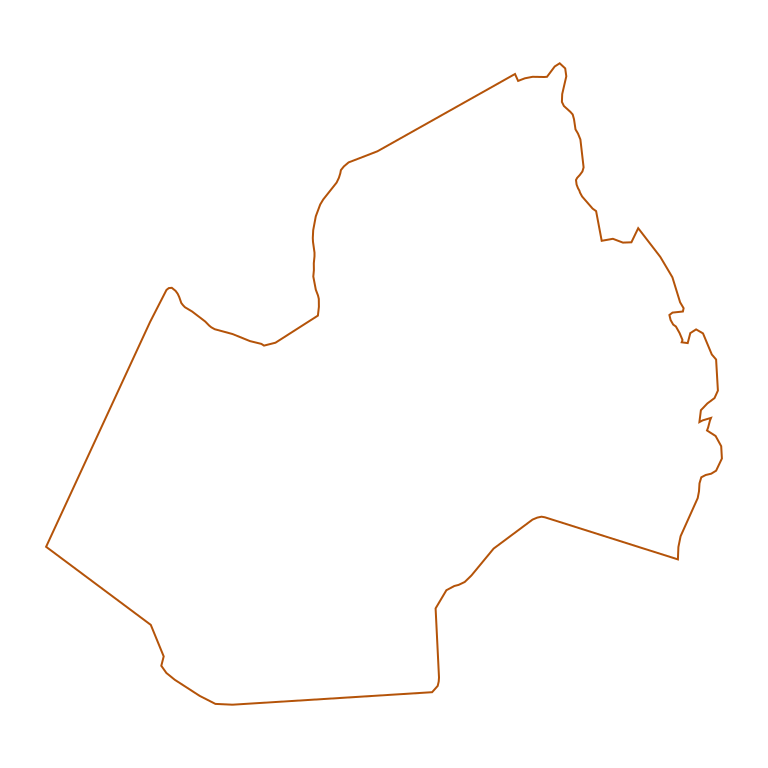 map outline of Agnéby (Natural Earth projection)
{"feature_id": "CIV-3451", "entity_name": "Agnéby", "entity_type": "Department", "adm_level": 1, "iso_a3": "CIV", "parent_name": "Ivory Coast", "parent_adm1": "", "projection": "natural_earth1", "projection_center": [-3.837, 6.123], "detail": "fine", "context": "isolated", "style": "outline", "palette": "amber", "viewbox_px": 768, "rotation_deg": 0, "n_neighbors": 0, "source": "natural_earth", "source_scale": "10m", "svg_char_len": 1867}
<svg xmlns="http://www.w3.org/2000/svg" viewBox="0 0 768 768"><path d="M317.9,315.6L318.9,306.8L318.8,298.9L318.0,295.5L315.8,289.7L313.3,276.5L313.9,270.1L313.8,263.3L314.5,256.3L314.5,252.6L313.0,241.9L312.8,238.0L313.2,230.2L315.8,216.3L320.2,204.5L323.2,199.5L336.6,182.6L338.9,177.8L340.3,173.3L340.9,170.1L343.9,166.4L348.6,162.4L377.4,151.3L515.0,74.0L518.1,80.9L524.9,78.3L532.6,76.8L544.3,77.0L547.0,76.8L554.7,66.5L559.7,63.3L565.2,68.4L566.3,76.3L562.2,94.1L561.9,101.9L563.9,106.0L570.5,112.0L572.7,114.5L574.0,119.2L575.5,129.4L578.0,133.6L580.4,139.5L583.6,167.4L582.4,171.5L579.8,175.0L577.2,177.8L576.0,180.0L576.6,184.6L578.0,188.2L579.4,190.7L580.0,192.6L582.1,196.5L592.6,208.6L596.1,211.1L601.7,240.8L612.9,238.8L622.9,242.6L631.4,242.3L638.2,228.2L660.3,256.9L672.4,277.3L680.1,302.3L683.6,308.2L682.9,311.5L672.5,312.6L669.4,315.0L670.6,320.0L673.2,324.6L675.9,326.5L679.6,333.1L682.5,340.0L681.7,342.3L687.7,343.1L690.3,333.1L696.1,329.4L703.0,333.4L711.8,354.5L716.1,359.5L717.9,390.6L714.5,398.1L707.4,403.4L700.9,410.2L699.4,422.1L702.6,420.4L711.0,417.9L709.9,420.7L708.1,427.6L707.0,430.5L715.6,436.0L721.2,446.2L721.9,458.5L716.1,470.7L711.2,473.7L705.7,475.0L701.3,477.3L699.5,483.3L699.0,491.3L697.7,498.1L680.6,536.2L678.4,547.0L677.9,559.4L544.9,517.3L541.5,516.7L537.3,517.6L532.5,519.6L493.6,548.6L471.4,575.5L464.7,582.0L458.6,584.9L454.3,586.0L446.4,590.2L435.6,608.4L439.0,677.5L438.7,681.6L437.7,685.9L432.1,692.2L232.5,704.7L215.4,703.9L199.7,695.9L174.8,679.8L166.4,673.0L161.3,665.8L163.7,656.4L150.8,624.9L46.1,546.8L150.1,321.9L166.5,289.9L168.8,288.1L171.8,287.8L175.6,290.9L177.7,293.8L179.2,297.0L181.3,303.0L183.0,305.2L184.9,307.2L192.1,311.5L205.2,321.5L209.2,325.6L211.3,327.3L214.7,329.2L232.4,334.0L250.0,341.1L261.4,343.9L264.0,345.6L275.5,342.7L317.9,315.6Z" fill="none" stroke="#b45309" stroke-width="2"/></svg>